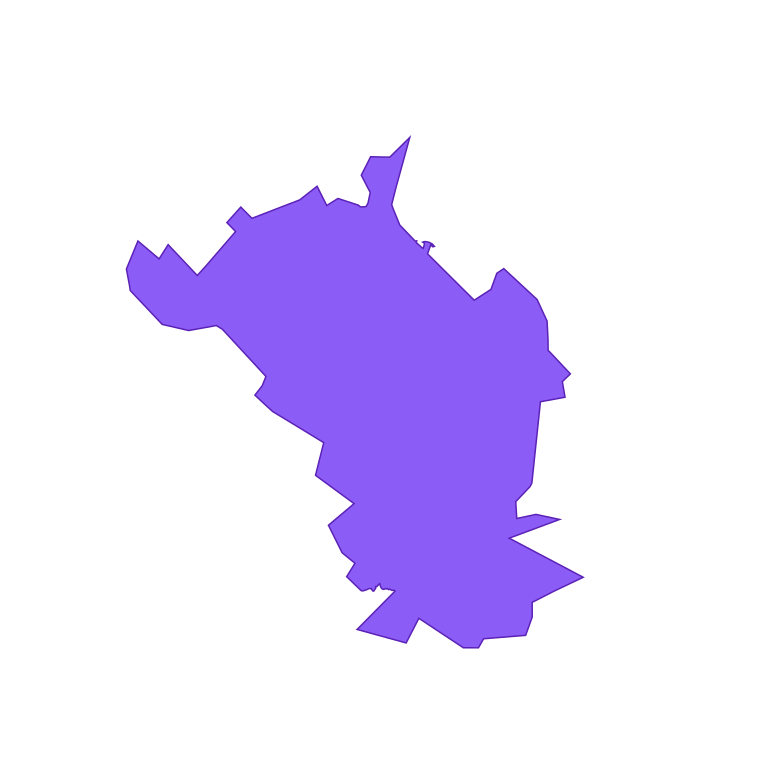 outline of Huásabas, Sonora, Mexico, rotated 223°
{"feature_id": "50627088B89429214037854", "entity_name": "Huásabas", "entity_type": "district", "adm_level": 2, "iso_a3": "MEX", "parent_name": "Mexico", "parent_adm1": "Sonora", "projection": "mercator", "projection_center": [-109.391, 29.971], "detail": "fine", "context": "isolated", "style": "filled", "palette": "violet", "viewbox_px": 768, "rotation_deg": 223, "n_neighbors": 0, "source": "geoboundaries", "source_scale": "gbopen_adm2", "svg_char_len": 2751}
<svg xmlns="http://www.w3.org/2000/svg" viewBox="0 0 768 768"><g transform="rotate(223 384 384)"><path d="M375.1,550.1L377.0,541.9L370.3,526.2L375.2,506.8L440.9,508.9L444.7,517.6L441.9,517.6L441.0,519.0L442.1,519.1L442.4,519.1L442.9,519.2L443.3,519.3L443.6,519.3L443.8,519.3L444.1,519.3L444.3,519.3L444.5,519.3L444.5,519.1L446.0,518.9L446.9,518.6L447.3,518.5L447.8,518.3L448.1,518.1L448.5,517.9L448.9,517.7L449.1,517.6L449.5,517.3L450.3,516.8L451.0,516.3L451.6,515.6L451.9,515.2L452.4,514.2L451.6,514.4L451.2,514.4L450.9,514.4L450.7,514.4L450.4,514.2L450.1,514.0L449.9,513.7L449.7,513.5L449.5,513.2L449.3,512.9L448.9,512.0L448.4,511.0L448.0,509.7L449.6,509.6L456.7,509.4L457.7,511.0L458.5,509.8L461.0,509.9L480.8,511.0L496.8,518.4L500.7,520.4L509.6,536.6L533.3,581.9L534.5,553.9L540.2,548.7L548.8,541.1L546.2,532.3L545.0,528.0L543.0,521.2L530.4,516.7L524.7,514.7L522.3,510.7L519.2,505.6L518.1,501.8L519.3,500.1L522.0,497.5L524.8,497.3L544.2,488.3L547.6,475.5L559.5,479.9L567.8,483.0L571.2,461.2L593.6,415.1L609.4,415.7L609.0,394.9L596.5,394.3L596.2,386.5L594.7,347.4L594.6,336.0L636.9,338.7L633.8,322.1L661.5,320.8L650.8,292.4L637.1,282.3L633.3,279.3L595.7,276.9L586.9,276.3L563.3,289.9L546.5,312.4L539.5,313.8L475.5,309.0L471.9,299.7L470.9,288.6L470.8,287.8L458.1,287.8L446.7,287.9L422.7,292.9L388.1,300.0L371.8,270.5L324.3,276.1L328.3,242.8L299.5,232.0L283.0,233.1L279.9,217.6L260.6,217.3L259.4,217.4L259.0,217.8L258.4,218.4L258.0,218.7L257.7,219.3L257.5,219.7L257.0,220.5L256.7,221.0L256.5,221.7L256.1,222.4L255.9,223.0L255.7,223.6L255.0,224.5L254.6,224.9L254.2,225.2L253.7,225.7L252.9,225.3L252.3,225.2L251.9,225.1L251.0,225.0L250.4,225.4L250.2,225.8L250.3,226.4L250.5,227.0L250.6,227.8L250.8,229.0L251.2,229.5L251.5,229.8L252.0,230.1L251.9,230.2L251.6,230.4L251.5,230.5L251.4,230.7L251.2,230.9L251.2,231.1L251.1,231.3L251.0,231.5L251.0,231.8L251.0,232.0L251.0,232.4L251.2,233.3L251.1,233.9L251.0,235.1L250.8,235.0L250.6,234.8L250.3,234.6L249.7,234.2L249.4,234.0L249.1,233.9L248.5,233.7L247.6,233.2L246.5,232.9L245.6,232.9L244.7,233.2L244.1,233.7L243.7,234.4L243.4,235.3L242.8,235.6L242.4,235.8L242.1,236.4L241.8,236.8L241.2,236.7L240.6,236.7L240.1,237.1L239.9,237.7L239.6,238.0L239.1,238.1L238.0,238.3L237.3,238.6L236.7,239.2L236.4,239.7L236.1,239.9L235.6,240.1L234.7,240.1L236.3,186.1L191.2,209.7L198.7,236.4L146.1,245.2L135.0,255.5L137.4,265.6L109.0,296.8L116.7,314.7L126.7,325.4L118.9,347.0L117.9,349.6L106.5,378.5L139.8,369.5L187.3,356.6L163.2,404.7L183.9,392.3L195.2,376.2L207.4,387.8L207.2,408.5L208.3,412.4L212.9,418.5L249.1,466.6L257.5,477.7L242.6,497.8L255.2,507.4L254.6,518.5L283.2,520.4L286.9,520.5L294.4,528.4L307.7,541.3L314.2,543.9L329.6,550.2L368.1,550.1L375.1,550.1Z" fill="#8b5cf6" stroke="#5b21b6" stroke-width="1.5"/></g></svg>